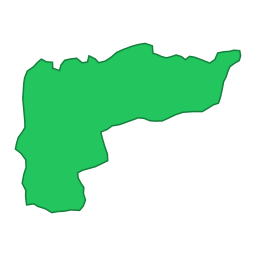 Alvorada, Rio Grande do Sul, Brazil
{"feature_id": "56859067B1386586306999", "entity_name": "Alvorada", "entity_type": "district", "adm_level": 2, "iso_a3": "BRA", "parent_name": "Brazil", "parent_adm1": "Rio Grande do Sul", "projection": "albers", "projection_center": [-51.03, -30.004], "detail": "fine", "context": "isolated", "style": "filled", "palette": "green", "viewbox_px": 256, "rotation_deg": 0, "n_neighbors": 0, "source": "geoboundaries", "source_scale": "gbopen_adm2", "svg_char_len": 1377}
<svg xmlns="http://www.w3.org/2000/svg" viewBox="0 0 256 256"><path d="M239.2,60.6L240.6,55.8L239.7,50.7L234.1,50.2L229.2,51.4L223.6,51.8L217.7,53.0L214.9,59.5L209.8,63.1L202.0,60.0L194.4,57.2L189.4,56.4L185.4,59.7L181.5,56.6L176.2,55.0L170.6,56.9L166.3,57.8L161.6,56.6L157.3,54.6L152.9,53.2L152.4,45.9L145.1,43.4L138.1,44.6L132.2,46.2L123.5,49.4L116.7,52.4L111.1,57.3L105.0,61.2L98.7,62.7L95.2,58.9L89.0,55.8L87.5,62.0L82.2,62.8L76.5,58.2L69.8,59.1L64.7,60.3L61.0,65.0L59.5,70.6L52.7,68.2L52.5,62.3L46.4,61.8L41.3,59.1L37.4,62.5L33.5,66.8L27.2,71.2L24.6,77.9L23.8,83.3L23.4,90.1L22.8,98.5L23.4,105.2L24.3,115.3L24.8,121.2L25.0,127.4L22.2,132.2L18.3,137.4L16.6,143.3L15.4,149.0L21.1,153.4L25.8,159.9L26.1,167.3L23.8,174.5L22.2,183.2L25.8,190.4L25.6,196.3L26.6,204.9L33.8,203.9L38.2,206.5L45.3,208.7L51.8,212.6L58.2,211.5L64.1,211.2L71.0,209.9L79.6,210.4L83.2,206.2L85.5,200.0L83.4,193.6L83.8,187.4L81.0,183.4L78.2,178.1L77.6,172.8L82.7,170.2L95.5,166.6L107.7,160.7L107.4,154.0L104.7,146.4L102.4,138.5L100.8,132.1L107.4,129.3L112.0,125.9L119.9,124.5L127.6,121.7L133.2,119.7L138.2,117.8L144.1,118.4L149.9,120.7L155.5,121.1L162.3,120.9L168.4,118.1L175.3,114.8L182.7,112.3L192.4,111.6L202.3,111.6L208.3,108.0L213.4,104.8L218.4,103.2L220.4,97.3L222.4,88.3L223.6,81.7L226.0,77.1L227.9,71.3L229.9,66.7L234.8,63.1L239.2,60.6Z" fill="#22c55e" stroke="#15803d" stroke-width="1.5"/></svg>